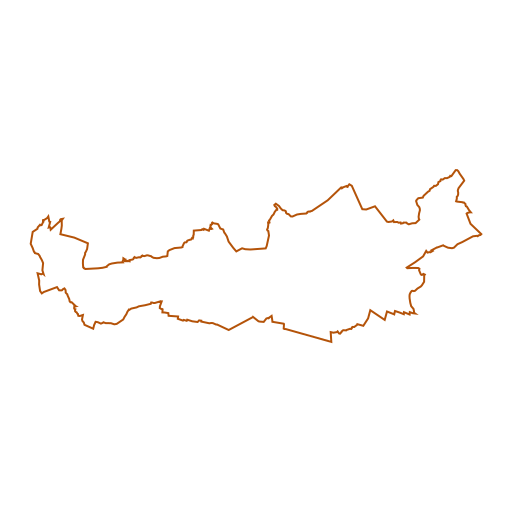 the district of Jiménez, Michoacán, Mexico
{"feature_id": "50627088B65655240179591", "entity_name": "Jiménez", "entity_type": "district", "adm_level": 2, "iso_a3": "MEX", "parent_name": "Mexico", "parent_adm1": "Michoacán", "projection": "natural_earth1", "projection_center": [-101.709, 19.934], "detail": "fine", "context": "isolated", "style": "outline", "palette": "amber", "viewbox_px": 512, "rotation_deg": 0, "n_neighbors": 0, "source": "geoboundaries", "source_scale": "gbopen_adm2", "svg_char_len": 6023}
<svg xmlns="http://www.w3.org/2000/svg" viewBox="0 0 512 512"><path d="M415.1,313.5L413.9,312.6L414.0,311.3L413.5,308.9L411.2,306.2L410.3,302.9L409.6,298.4L409.5,296.0L409.7,294.3L410.6,292.4L411.7,291.0L412.2,290.8L413.9,291.1L415.0,290.8L417.5,288.5L420.8,286.5L421.9,285.3L424.1,281.8L424.2,275.5L424.8,274.6L423.3,273.9L422.3,274.8L421.4,274.9L420.7,274.1L419.1,270.3L419.4,268.7L418.2,268.0L413.0,267.9L407.3,268.2L406.7,267.6L415.0,262.3L423.1,256.4L426.2,250.9L427.5,252.6L429.5,252.1L430.4,252.3L432.6,251.0L431.5,250.3L437.0,247.4L437.2,247.5L443.2,245.3L443.8,245.8L448.0,247.7L452.0,248.2L453.9,247.7L457.5,244.2L462.2,242.1L473.0,236.3L477.1,235.8L477.7,236.2L478.8,235.3L480.4,235.0L481.3,234.1L470.5,223.8L466.6,213.6L467.3,213.0L469.7,212.3L470.8,212.3L469.0,210.1L466.9,206.6L465.9,206.2L465.5,205.0L465.5,204.1L463.9,202.5L463.1,202.6L462.8,202.3L462.3,202.2L457.1,201.6L456.1,201.3L456.8,198.8L456.8,196.8L457.6,196.0L458.1,194.7L458.2,192.6L457.8,190.9L458.0,189.7L458.6,188.1L464.2,180.7L463.5,179.1L459.6,173.6L458.3,171.2L457.1,170.1L455.7,170.1L451.4,176.1L450.8,176.3L450.2,175.9L449.5,177.0L447.1,178.1L444.8,178.1L442.7,179.6L441.1,179.3L440.5,180.1L440.4,181.1L438.4,182.1L438.0,184.2L435.8,185.9L434.1,185.8L433.5,186.8L430.0,189.2L429.6,190.8L427.9,191.8L423.6,195.8L422.8,197.6L418.3,198.2L416.6,200.0L416.1,201.0L417.3,204.9L419.3,207.2L419.8,208.8L419.9,210.3L419.1,213.3L418.6,216.8L418.8,218.5L419.3,219.6L415.6,223.1L412.1,223.3L408.8,224.3L407.2,223.5L406.4,222.6L403.5,222.6L403.0,223.2L401.0,223.6L400.6,222.5L398.6,222.7L397.3,222.0L394.0,222.1L393.3,220.4L392.0,221.5L388.4,222.0L386.9,221.6L375.0,206.3L366.2,209.5L362.3,209.2L351.8,185.8L349.3,184.3L348.0,185.9L347.2,187.7L347.3,186.7L346.6,186.0L343.4,187.2L342.0,188.2L341.7,187.4L341.2,187.4L327.7,200.3L311.8,211.0L310.3,211.3L309.9,211.7L309.0,211.5L308.0,211.7L307.3,212.2L307.2,212.8L306.8,212.9L306.3,213.5L300.8,213.9L297.0,214.5L292.5,216.5L290.8,216.4L288.6,214.1L287.2,213.9L286.0,212.8L285.9,211.6L285.6,211.0L284.3,210.4L282.6,210.2L280.8,208.5L279.0,206.0L275.8,203.7L274.3,205.0L274.9,206.2L275.3,206.4L276.0,207.0L277.3,208.8L277.2,209.8L276.4,209.8L274.8,211.8L273.5,214.5L272.0,215.9L269.8,219.8L269.0,220.5L269.5,222.6L269.1,222.8L268.1,222.6L268.3,224.7L267.8,228.1L267.1,229.5L267.4,230.4L268.3,231.0L269.0,235.5L266.7,246.0L265.7,248.4L250.4,249.5L245.2,249.2L242.1,248.3L236.3,251.4L233.2,247.8L228.6,241.6L226.9,236.5L224.8,233.1L224.3,232.7L223.2,229.5L220.3,228.5L218.2,224.3L217.3,223.9L213.5,223.3L212.4,222.5L212.1,222.7L212.0,224.2L211.2,224.8L211.0,225.2L210.6,225.0L210.4,226.0L210.5,227.1L210.9,227.8L211.9,228.8L211.3,229.0L210.7,228.9L210.7,228.5L209.8,228.1L208.9,230.7L204.0,228.8L203.6,229.8L202.3,229.2L201.9,229.8L201.5,230.0L193.8,230.6L193.7,234.8L193.3,235.3L193.2,237.3L192.8,238.4L192.1,237.9L191.7,238.4L191.5,239.0L191.0,239.6L189.7,239.8L187.7,240.5L187.2,240.8L186.7,242.0L186.4,242.3L184.8,242.4L184.1,243.0L182.6,246.2L182.5,247.1L181.2,247.5L174.5,248.1L169.4,250.1L167.8,251.4L167.3,256.0L166.1,256.4L162.8,256.7L159.3,258.0L156.8,258.2L153.5,257.8L151.7,256.8L151.3,256.3L147.7,255.3L146.9,255.3L144.5,256.1L142.1,255.9L142.1,255.7L141.6,255.9L141.3,256.8L140.1,257.5L139.2,257.2L136.1,257.9L135.1,257.4L134.5,257.7L134.3,257.3L133.8,257.8L133.3,259.1L132.7,259.5L129.5,260.1L129.6,261.3L127.2,260.9L127.2,261.2L124.9,261.2L125.4,259.5L124.5,259.3L124.3,258.9L123.4,258.3L123.3,259.9L122.3,262.0L122.6,262.4L117.5,262.6L111.9,263.5L109.2,264.3L107.0,266.1L106.3,266.7L106.4,266.9L102.5,267.8L98.1,268.3L85.3,269.0L84.5,268.4L84.4,268.5L83.8,268.2L83.6,267.5L83.2,267.3L82.9,263.4L83.0,259.8L85.1,254.5L85.1,252.9L85.9,251.7L87.1,249.0L87.9,243.3L74.3,237.6L60.4,234.2L61.4,228.7L61.8,225.6L61.7,220.4L62.8,218.8L60.7,219.2L60.2,219.8L59.9,221.3L58.0,222.9L50.7,229.7L50.4,227.6L49.9,227.1L48.7,227.5L50.2,221.9L49.3,221.6L48.3,216.4L47.1,218.1L44.1,220.0L43.7,220.0L43.5,221.1L43.0,220.8L43.0,222.3L41.6,225.1L40.5,225.3L40.0,224.8L37.7,227.4L37.4,228.8L32.7,231.9L30.7,243.8L32.7,248.1L34.0,251.8L34.6,252.2L34.9,253.1L38.2,254.0L39.6,255.8L40.3,257.5L40.7,258.0L42.0,260.4L43.1,263.1L42.4,270.3L43.6,274.2L42.9,273.6L41.3,274.3L37.6,273.3L39.2,280.6L39.1,284.5L40.1,291.0L41.8,293.4L43.8,292.0L57.0,287.1L59.1,290.3L61.3,290.4L62.1,290.2L62.8,289.3L64.4,288.4L65.4,289.7L65.7,291.2L65.6,292.2L65.8,292.8L67.3,294.3L67.6,295.5L69.2,299.0L69.7,301.4L70.5,302.3L71.6,302.2L74.8,305.3L74.5,305.7L75.8,306.3L75.0,306.5L74.2,307.3L74.2,308.5L74.8,309.3L75.3,309.3L75.0,311.0L75.8,312.0L76.6,312.3L77.5,313.9L77.9,314.0L78.3,315.8L79.8,316.0L82.9,315.0L82.0,319.5L82.5,321.1L83.8,322.5L84.5,324.8L93.2,328.7L94.1,325.1L95.6,321.8L97.8,322.2L100.9,323.6L102.9,322.8L103.4,322.3L105.6,323.1L110.9,323.2L114.3,324.3L116.7,323.9L123.2,319.5L124.6,316.8L126.3,314.3L127.5,311.6L128.9,309.6L129.3,309.9L131.2,308.6L136.6,307.4L138.9,306.3L145.2,305.2L150.8,303.8L151.2,302.5L152.4,302.6L153.5,303.0L154.8,303.0L160.1,301.4L160.0,301.9L161.6,301.6L159.9,306.3L159.8,308.1L161.5,309.1L162.1,309.0L162.6,309.3L162.4,312.4L164.6,312.5L168.3,313.1L168.6,315.8L178.1,316.5L177.8,318.8L183.0,320.6L183.7,319.9L186.7,320.8L187.2,319.7L192.3,321.3L197.6,322.0L199.1,320.4L201.3,320.7L201.3,321.6L209.4,323.3L211.2,323.0L212.8,323.1L216.2,324.6L217.0,324.5L228.7,330.0L252.9,317.1L253.0,316.9L258.5,321.3L259.9,321.6L263.7,321.9L266.4,318.5L268.4,317.9L268.7,318.2L270.0,317.0L271.6,315.9L272.3,320.4L272.4,321.8L283.7,323.7L284.0,324.1L283.7,328.6L284.4,329.0L285.9,329.1L331.3,341.9L330.7,332.1L333.4,332.7L336.9,332.1L337.6,331.4L339.0,333.4L340.0,333.7L341.2,332.4L340.8,332.1L341.1,332.2L341.6,331.5L343.2,330.2L346.2,330.4L346.5,330.0L350.0,328.8L351.2,329.0L351.8,328.4L351.8,327.7L352.0,327.3L352.7,326.9L354.2,327.0L357.3,324.7L357.4,324.2L363.3,325.8L368.1,318.4L370.3,310.2L384.7,319.9L387.0,311.5L394.1,314.3L394.2,313.9L394.3,314.0L395.0,311.0L399.8,312.6L403.8,314.2L404.0,312.2L409.6,314.5L409.8,312.1L412.7,313.2L415.1,313.5Z" fill="none" stroke="#b45309" stroke-width="2"/></svg>